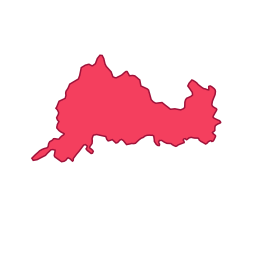 Harim, Idlib, Syria (Mercator projection), rotated 39°
{"feature_id": "27442178B79082810780972", "entity_name": "Harim", "entity_type": "district", "adm_level": 2, "iso_a3": "SYR", "parent_name": "Syria", "parent_adm1": "Idlib", "projection": "mercator", "projection_center": [36.609, 36.125], "detail": "fine", "context": "isolated", "style": "filled", "palette": "rose", "viewbox_px": 256, "rotation_deg": 39, "n_neighbors": 0, "source": "geoboundaries", "source_scale": "gbopen_adm2", "svg_char_len": 4676}
<svg xmlns="http://www.w3.org/2000/svg" viewBox="0 0 256 256"><g transform="rotate(39 128 128)"><path d="M176.6,53.6L176.3,52.7L175.7,50.8L175.1,48.7L174.6,47.2L173.7,45.7L172.9,44.5L171.8,43.6L170.2,43.2L167.6,43.2L165.6,43.5L165.0,44.1L164.6,44.9L165.9,46.4L166.7,47.6L165.3,48.4L163.3,49.0L162.2,49.7L160.0,50.0L156.5,50.1L155.1,50.1L153.1,49.7L150.7,49.8L148.6,50.1L147.4,50.5L147.3,54.3L147.3,54.5L147.3,54.9L148.0,57.7L151.3,58.6L155.6,59.9L156.2,60.5L157.4,61.7L157.4,61.8L157.3,62.2L157.3,62.4L157.2,62.8L157.0,63.8L155.4,67.0L154.9,67.9L154.9,68.0L154.9,68.5L154.9,69.0L155.0,69.9L155.8,71.8L155.9,72.0L156.0,72.2L157.3,73.9L159.2,76.5L159.0,77.4L158.8,78.4L157.5,80.8L152.3,83.6L149.2,86.7L146.3,86.7L143.1,86.8L139.2,86.8L138.5,86.8L138.4,86.8L134.0,91.3L132.8,91.5L132.4,91.6L131.1,91.8L128.2,91.4L122.5,87.3L121.9,86.9L121.3,86.5L120.1,85.6L119.7,85.6L118.5,85.5L118.3,85.5L111.6,87.2L106.9,83.3L105.5,83.3L105.1,83.3L103.6,83.2L100.5,83.2L98.6,84.2L98.3,84.5L98.2,84.6L96.2,86.5L94.9,85.9L93.4,85.3L91.8,84.7L91.7,84.7L90.9,85.3L90.5,86.6L90.2,88.3L89.9,90.3L89.7,90.9L89.5,91.5L88.5,93.7L87.9,94.9L87.4,96.2L86.5,96.9L86.2,97.1L85.9,97.2L83.9,97.7L83.6,97.5L83.3,97.3L82.7,96.9L82.1,96.5L81.3,96.1L79.6,95.0L72.8,93.9L72.5,93.9L69.7,92.6L67.5,90.9L65.3,89.2L65.0,89.1L62.3,87.9L60.4,89.1L60.4,93.3L60.6,93.8L61.8,97.4L62.2,98.6L62.1,98.8L61.5,101.2L61.4,101.6L61.4,101.8L60.7,102.4L60.1,102.5L59.3,102.7L57.6,103.0L56.9,103.8L56.6,104.2L56.4,104.6L56.0,105.1L55.3,106.0L54.9,107.1L53.7,110.5L57.4,117.6L58.6,121.1L55.1,130.6L55.4,131.5L56.4,135.0L56.5,136.2L56.6,136.6L56.6,136.8L56.6,137.6L56.7,138.3L57.1,139.2L57.6,140.1L57.8,140.3L59.3,141.8L60.5,144.5L60.1,145.4L58.0,149.7L57.7,150.3L57.6,150.7L58.9,154.9L59.5,156.9L59.5,158.0L61.6,158.3L64.2,159.5L65.2,161.0L65.8,163.9L66.1,165.0L68.0,166.1L70.2,166.5L70.3,166.8L70.6,168.2L70.9,169.8L71.0,169.9L72.1,172.1L72.7,172.8L76.0,173.4L78.2,173.3L78.8,173.2L80.4,172.9L81.4,172.6L81.5,172.6L81.9,172.6L82.3,173.3L82.2,174.0L81.6,175.8L81.4,177.2L81.3,177.8L81.3,178.6L81.3,179.1L81.3,180.1L80.4,180.9L77.9,182.3L76.9,183.2L76.9,183.7L76.9,184.9L75.8,187.9L75.9,188.8L76.3,190.4L77.7,192.8L77.5,194.5L75.9,196.6L74.6,198.9L74.6,199.0L73.7,201.3L73.4,203.7L72.8,207.2L72.3,212.0L74.7,212.8L77.3,209.8L78.9,206.1L81.1,201.2L81.2,198.2L81.6,195.3L81.7,193.7L82.3,192.9L83.2,192.0L85.3,191.1L85.9,191.9L87.5,194.9L88.1,195.9L89.3,196.5L94.8,196.2L97.6,196.0L99.3,194.0L100.0,192.0L99.9,189.9L100.2,188.8L102.8,188.4L104.8,188.7L105.8,188.6L105.8,187.6L104.7,186.0L104.6,183.2L104.5,180.6L104.6,177.1L104.6,176.9L104.4,172.1L104.3,169.2L105.3,167.7L107.7,167.7L108.5,169.4L108.5,170.6L110.5,171.1L115.4,171.0L116.2,169.9L115.7,168.0L114.6,167.6L113.1,167.5L110.6,167.5L110.1,166.8L109.8,162.7L108.4,160.5L107.6,159.7L106.8,158.9L106.3,157.7L105.8,156.4L105.7,155.6L105.7,155.2L106.3,154.5L107.7,152.8L116.1,148.6L116.4,148.8L118.6,150.1L118.8,150.2L120.7,150.5L121.8,149.1L123.1,146.9L125.6,147.1L128.1,147.3L128.3,147.0L129.1,145.8L129.3,142.5L129.5,142.1L130.2,140.9L132.2,140.7L137.3,141.8L137.7,141.3L138.7,140.1L139.3,139.4L140.4,137.9L142.4,136.4L142.7,136.0L143.4,135.1L143.6,133.5L144.0,130.3L144.7,127.6L144.8,127.4L145.7,125.9L146.4,123.2L147.0,122.3L147.3,121.8L149.1,120.1L150.7,119.0L151.6,118.2L153.1,118.1L155.6,120.4L157.0,121.9L158.7,122.4L160.1,122.9L160.5,122.9L161.9,122.9L163.3,122.1L163.3,121.8L163.1,121.2L162.4,120.5L161.8,120.4L160.6,119.6L160.4,118.4L160.3,117.9L162.1,116.4L164.8,116.2L167.8,115.5L170.0,113.9L170.6,113.5L171.2,113.1L171.7,113.0L172.9,113.1L175.0,112.7L176.6,112.2L177.0,111.7L177.2,111.4L177.7,109.4L178.5,108.0L178.6,107.8L178.7,107.6L178.9,107.3L180.8,104.0L179.9,103.1L178.7,102.8L178.4,102.4L178.2,101.8L178.5,101.1L178.6,100.9L178.8,100.7L179.2,100.3L179.3,100.2L180.3,100.4L181.0,100.2L181.4,98.6L181.5,97.8L182.0,96.7L183.1,95.4L184.8,94.6L186.1,93.9L187.4,92.9L187.6,92.7L188.8,91.8L189.6,91.9L189.9,91.9L190.9,92.5L193.3,92.5L194.6,92.2L198.4,91.6L198.8,90.7L199.0,90.0L199.1,88.0L199.5,87.1L200.0,86.1L200.6,85.6L201.1,85.7L201.5,85.8L202.3,84.9L202.3,83.1L201.9,81.6L201.4,79.6L200.8,78.9L200.0,78.8L198.4,78.8L197.9,78.8L197.8,78.7L197.2,78.6L196.5,78.4L196.6,77.5L197.0,76.0L197.0,75.2L195.6,73.5L194.8,72.2L194.5,71.5L194.5,71.4L194.6,70.5L195.0,69.2L195.2,68.5L195.9,67.3L196.0,67.0L196.1,66.8L196.6,65.8L196.4,65.2L195.2,64.8L194.4,64.8L194.2,64.8L193.9,64.9L193.0,65.2L189.8,66.0L187.9,66.2L187.4,66.1L187.2,66.0L186.8,65.2L186.4,63.3L186.4,62.9L186.2,62.2L186.0,60.7L185.7,58.7L185.2,57.6L184.0,57.4L182.9,57.7L181.9,57.8L180.7,57.9L179.4,57.7L178.3,56.9L177.0,54.5L176.8,54.2L176.6,53.6Z" fill="#f43f5e" stroke="#9f1239" stroke-width="1.5"/></g></svg>